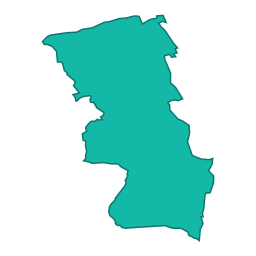 Waterford City South Lea-6, Waterford, Ireland (Equal Earth projection)
{"feature_id": "5873133B96567236235028", "entity_name": "Waterford City South Lea-6", "entity_type": "district", "adm_level": 2, "iso_a3": "IRL", "parent_name": "Ireland", "parent_adm1": "Waterford", "projection": "equal_earth", "projection_center": [-7.125, 52.212], "detail": "fine", "context": "isolated", "style": "filled", "palette": "teal", "viewbox_px": 256, "rotation_deg": 0, "n_neighbors": 0, "source": "geoboundaries", "source_scale": "gbopen_adm2", "svg_char_len": 1901}
<svg xmlns="http://www.w3.org/2000/svg" viewBox="0 0 256 256"><path d="M199.2,240.6L200.3,229.0L203.0,223.6L201.0,216.8L203.1,216.8L202.4,213.5L203.8,208.2L204.9,195.7L206.0,192.9L208.8,193.1L210.3,192.4L213.6,182.3L213.6,176.0L208.6,170.8L212.0,164.2L212.7,158.5L209.5,159.7L201.5,159.1L192.3,155.5L187.5,142.0L189.6,133.0L189.1,125.4L182.6,121.0L177.9,119.0L169.8,110.0L169.6,104.8L167.8,102.5L171.9,100.3L175.8,100.0L178.1,100.7L182.6,98.8L175.5,87.3L170.5,82.8L170.6,73.2L164.7,59.2L164.5,55.6L169.7,54.5L171.6,57.2L175.6,56.7L173.6,53.9L177.0,52.9L175.2,48.9L177.5,47.9L173.4,43.1L164.7,30.1L161.6,27.4L158.7,23.2L162.5,21.4L166.2,22.4L163.7,16.9L163.2,15.4L156.7,15.9L156.7,18.3L150.4,19.3L142.4,24.0L139.0,16.3L134.2,16.0L125.8,18.1L119.1,18.6L109.3,21.7L104.3,22.3L92.1,27.9L82.5,29.3L76.6,32.2L67.4,32.7L51.1,35.0L47.6,36.4L42.4,41.6L44.4,44.5L47.0,44.4L52.0,46.2L56.5,51.3L57.5,62.1L60.5,61.8L62.6,63.3L64.4,70.7L66.8,72.5L67.1,74.7L74.0,80.3L75.4,82.6L73.5,85.7L79.4,93.0L73.0,94.6L75.4,97.8L75.8,100.9L76.7,101.1L79.6,98.3L83.0,96.6L89.3,95.7L90.8,96.1L91.0,98.3L89.9,99.3L90.5,102.1L94.4,102.9L95.2,105.4L96.8,106.6L96.4,107.6L104.0,112.6L103.5,115.0L100.6,117.1L102.2,119.6L99.2,120.0L97.2,119.3L94.6,121.5L91.9,121.1L89.6,122.5L85.9,127.1L85.6,128.4L86.7,131.3L82.3,134.0L83.2,140.3L85.2,140.9L85.8,142.1L85.5,145.8L86.7,151.6L85.7,154.8L85.6,158.7L83.6,160.8L89.6,162.1L91.7,163.3L104.1,162.6L111.5,163.9L118.1,163.9L121.2,166.9L128.0,170.6L127.1,174.8L127.9,176.0L125.1,180.4L126.2,182.7L124.9,185.8L115.4,198.1L115.2,199.8L111.0,204.2L109.6,206.5L108.7,212.0L110.2,215.9L113.5,218.4L115.5,221.8L115.5,223.7L117.4,225.5L119.8,225.3L122.2,227.6L125.9,228.2L136.0,227.4L165.0,225.6L171.0,227.8L175.3,228.5L176.7,228.1L181.2,228.4L187.7,231.9L188.8,234.5L188.0,234.0L189.8,236.1L191.4,236.2L193.3,237.8L197.0,238.9L199.2,240.6Z" fill="#14b8a6" stroke="#0f766e" stroke-width="1.5"/></svg>